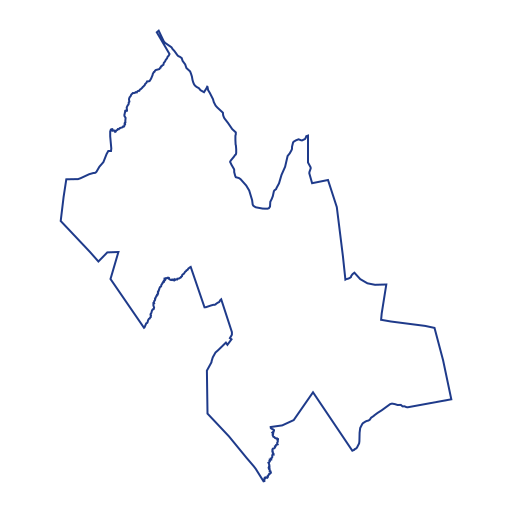 outline of Ndola, Copperbelt, Zambia
{"feature_id": "96606910B76631115886164", "entity_name": "Ndola", "entity_type": "district", "adm_level": 2, "iso_a3": "ZMB", "parent_name": "Zambia", "parent_adm1": "Copperbelt", "projection": "natural_earth1", "projection_center": [28.528, -12.946], "detail": "fine", "context": "isolated", "style": "outline", "palette": "blue", "viewbox_px": 512, "rotation_deg": 0, "n_neighbors": 0, "source": "geoboundaries", "source_scale": "gbopen_adm2", "svg_char_len": 6036}
<svg xmlns="http://www.w3.org/2000/svg" viewBox="0 0 512 512"><path d="M60.7,221.0L90.0,252.0L98.4,261.5L107.3,252.4L118.4,252.0L110.5,279.0L144.0,327.8L144.5,327.4L146.2,323.4L147.3,322.8L147.7,321.8L148.0,320.4L148.9,318.8L149.7,318.5L150.1,317.6L150.8,317.0L150.7,316.3L151.0,315.5L150.9,315.1L150.5,314.8L150.6,314.0L151.3,313.1L152.0,310.5L152.8,309.3L153.4,309.3L153.7,309.1L154.1,307.6L153.4,305.5L153.4,304.2L153.9,303.6L153.4,303.4L153.4,302.8L154.0,302.2L154.3,300.9L154.7,300.6L155.1,299.8L155.0,298.8L155.4,298.5L155.4,297.8L156.3,296.5L156.3,296.1L156.8,295.8L157.0,294.7L157.6,294.7L158.2,293.0L157.9,292.6L158.0,292.1L157.9,291.9L158.0,291.4L158.8,290.8L159.0,289.4L159.4,288.9L159.4,288.4L160.0,287.1L161.1,286.4L161.4,284.8L162.2,283.8L162.3,283.2L163.0,282.7L163.1,282.3L164.0,281.9L164.1,281.5L163.5,281.3L163.8,280.8L165.0,280.2L165.4,279.6L165.2,279.2L164.5,279.4L164.4,279.1L164.5,278.6L165.1,278.7L165.5,278.2L166.4,278.2L167.4,277.8L167.6,278.1L168.3,278.2L168.7,277.8L169.0,278.0L168.9,278.8L170.5,279.9L172.1,279.5L172.4,279.5L172.3,279.9L173.0,279.8L173.2,280.2L173.8,280.3L174.2,279.7L174.5,280.3L175.2,279.9L175.3,279.4L177.1,279.5L177.4,278.7L178.8,278.6L180.9,277.4L180.9,277.0L182.0,276.2L182.2,275.0L182.9,274.3L183.8,273.8L185.2,271.7L186.2,271.0L186.5,270.3L187.6,269.8L188.3,268.6L190.3,267.1L190.7,266.9L204.5,307.3L205.9,307.2L210.9,305.5L213.4,304.8L214.6,304.8L215.6,304.4L216.0,303.9L217.6,302.8L219.2,302.0L220.4,300.0L221.2,299.3L231.9,332.1L231.9,334.5L231.7,335.1L229.9,338.1L231.5,339.3L227.4,344.8L225.9,342.6L217.9,350.4L215.5,352.5L212.8,357.3L211.7,360.8L211.4,362.4L206.9,370.6L207.5,413.6L228.9,436.3L246.5,457.8L253.7,466.2L255.7,468.8L263.5,481.3L264.3,481.1L264.2,480.6L264.4,480.3L264.3,479.9L264.4,478.2L265.0,477.6L265.4,478.1L266.0,477.4L266.3,477.4L266.4,477.7L267.3,477.8L267.6,477.3L267.5,476.9L267.9,476.7L267.7,476.0L268.2,475.6L268.5,475.0L269.0,474.6L269.2,473.8L270.0,473.7L270.4,472.9L270.9,472.7L270.5,471.3L269.7,471.2L269.7,469.6L269.2,469.2L269.4,468.7L268.9,468.6L268.6,467.7L268.9,467.0L269.4,467.3L269.5,467.0L269.0,466.7L269.1,465.9L269.4,465.5L269.4,465.1L268.5,462.8L269.1,462.7L269.4,461.9L269.4,461.3L269.7,461.4L270.0,461.0L269.8,459.6L270.6,459.6L270.7,458.9L271.3,459.2L271.4,458.4L272.3,457.0L272.2,455.7L272.8,454.9L272.5,454.6L272.6,454.3L273.1,454.1L273.6,454.3L273.6,453.9L272.8,452.5L272.8,451.9L272.4,451.7L272.3,450.9L272.6,450.3L272.4,449.6L272.8,448.7L274.0,448.4L274.6,448.0L275.0,447.4L274.9,446.4L275.6,446.3L276.1,444.9L277.6,444.4L277.2,443.6L277.2,442.7L277.8,441.7L277.6,440.5L278.0,439.9L278.0,439.2L277.2,439.3L276.9,438.3L275.7,438.3L274.9,437.9L274.4,437.1L273.4,436.8L272.6,435.0L272.7,434.3L273.0,434.4L273.2,433.8L272.9,433.1L272.3,432.6L272.6,432.3L272.9,432.6L273.0,432.3L273.4,432.2L273.5,431.4L274.0,430.8L274.0,430.1L273.2,429.4L272.6,429.3L271.2,428.4L270.8,428.0L270.7,427.0L282.2,425.4L293.7,420.1L313.0,392.3L352.3,450.7L354.3,449.8L354.6,449.2L355.8,448.7L356.9,447.7L359.1,443.4L359.4,441.2L359.6,432.7L360.2,428.0L362.2,424.1L362.9,423.2L365.4,421.6L366.6,421.0L368.3,420.6L369.7,419.8L371.1,417.7L373.8,415.9L374.1,415.5L377.6,412.9L381.7,410.3L390.2,404.1L392.0,403.6L394.8,404.1L397.6,405.0L400.8,404.9L402.6,406.4L404.5,406.3L406.3,407.1L407.6,407.3L451.3,399.3L443.1,360.3L434.5,327.9L425.1,325.9L390.9,321.5L381.1,319.8L381.7,313.4L386.3,284.5L375.0,284.8L367.4,283.3L360.2,279.1L354.4,272.7L352.6,274.1L351.3,275.8L351.0,277.0L350.1,277.7L348.6,278.5L346.1,279.2L345.4,279.6L342.9,256.1L336.8,207.1L328.0,180.0L312.1,183.2L309.3,173.3L309.4,172.1L310.7,168.4L310.6,167.3L308.0,162.5L308.0,135.6L306.3,136.2L305.8,137.6L305.0,139.0L302.1,140.4L301.1,140.3L298.6,139.3L296.0,140.3L293.7,141.7L293.1,142.4L292.0,146.8L292.0,148.9L291.4,150.4L289.7,153.4L287.6,156.0L285.1,166.8L281.5,174.9L279.0,183.4L276.6,187.8L276.1,189.1L274.4,190.4L273.9,191.2L272.8,196.2L271.7,199.0L270.3,201.8L270.0,206.6L268.9,208.2L267.5,208.7L262.8,208.6L255.8,207.3L254.4,206.5L253.3,205.7L252.7,204.6L252.1,200.1L249.2,190.5L246.2,185.5L240.5,179.1L238.8,178.0L235.8,177.2L235.2,175.9L234.2,172.1L234.2,169.9L234.0,169.1L231.5,164.8L230.1,161.9L230.7,160.6L234.1,156.5L234.9,155.2L235.8,154.5L236.2,153.0L236.2,149.3L235.9,145.5L235.6,144.4L235.4,140.0L235.4,135.8L235.8,134.3L235.8,132.4L232.2,129.1L228.1,123.1L224.4,118.3L223.6,116.6L223.1,115.0L222.9,112.7L217.2,107.4L215.6,105.6L213.8,102.1L213.0,99.2L209.8,92.9L208.1,90.1L207.5,86.9L207.2,86.7L206.4,88.4L204.0,92.2L200.5,90.2L198.9,88.2L196.4,86.8L194.8,85.4L193.9,84.0L193.1,82.0L192.5,79.9L191.9,76.5L191.0,73.7L190.1,71.4L186.4,68.0L185.2,64.4L182.6,60.9L181.7,58.1L179.9,56.8L178.3,56.1L177.4,55.2L174.3,50.9L172.6,49.1L171.5,47.3L165.0,42.8L163.7,41.2L158.7,30.7L156.8,32.3L169.5,54.0L168.7,55.7L167.7,56.6L167.0,58.4L165.8,59.8L165.0,61.5L163.8,62.9L163.4,64.8L162.0,65.6L161.7,66.2L161.0,66.4L160.6,67.6L160.3,67.6L159.3,69.1L155.9,70.0L155.1,70.6L154.4,71.9L153.9,72.0L152.8,73.9L152.6,75.0L151.1,78.6L149.7,80.9L148.9,81.3L147.1,81.4L146.4,82.8L145.0,84.2L144.7,85.2L143.7,86.1L143.5,86.5L142.7,87.0L142.3,87.7L140.8,89.1L139.8,89.7L139.3,90.8L138.0,91.0L137.1,91.7L136.8,92.4L135.6,92.2L135.4,92.6L133.9,93.1L132.9,93.0L131.2,94.7L130.6,96.2L129.6,97.3L129.1,98.7L129.0,99.7L129.4,101.7L128.7,102.4L128.7,103.7L128.4,104.6L127.7,105.3L126.7,107.5L127.0,110.5L126.8,110.9L125.4,110.6L125.1,111.0L125.1,112.4L124.7,113.2L124.7,114.0L124.4,114.7L124.4,115.9L125.6,117.9L125.3,120.9L125.4,122.3L124.9,122.6L124.6,123.3L125.1,123.9L125.1,124.4L124.4,125.0L124.4,125.8L124.0,126.5L123.0,126.5L122.7,127.2L122.2,127.4L120.0,128.0L119.9,128.3L119.1,128.7L118.8,129.2L117.8,129.1L117.4,129.9L115.8,130.7L115.8,131.5L115.1,131.9L113.8,130.3L112.5,130.8L112.2,130.7L112.2,129.1L111.9,129.1L111.2,129.8L110.8,129.7L110.2,131.5L110.2,136.3L111.3,148.5L111.0,151.0L108.3,151.0L106.6,154.0L103.4,162.1L99.4,166.7L96.5,171.7L95.7,172.5L95.0,172.9L93.4,173.0L89.2,174.2L80.6,178.2L78.1,179.1L66.3,179.3L63.6,196.9L60.7,221.0Z" fill="none" stroke="#1e3a8a" stroke-width="2"/></svg>